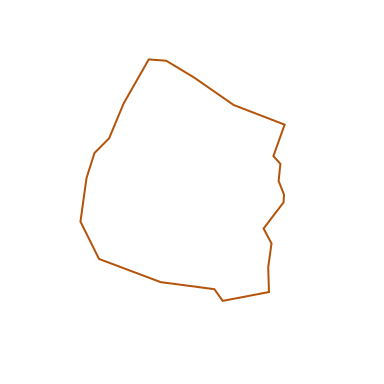 the district of Kikwit, Bandundu, Democratic Republic of the Congo, rotated 46°
{"feature_id": "63176286B32367911689095", "entity_name": "Kikwit", "entity_type": "district", "adm_level": 2, "iso_a3": "COD", "parent_name": "Democratic Republic of the Congo", "parent_adm1": "Bandundu", "projection": "albers", "projection_center": [18.807, -5.057], "detail": "fine", "context": "isolated", "style": "outline", "palette": "amber", "viewbox_px": 384, "rotation_deg": 46, "n_neighbors": 0, "source": "geoboundaries", "source_scale": "gbopen_adm2", "svg_char_len": 470}
<svg xmlns="http://www.w3.org/2000/svg" viewBox="0 0 384 384"><g transform="rotate(46 192 192)"><path d="M135.8,292.8L175.6,305.4L235.0,277.2L277.5,243.4L291.6,245.6L317.4,206.1L299.0,189.4L284.3,170.6L268.0,165.9L265.3,148.2L263.1,133.4L257.9,127.7L244.2,122.0L233.2,108.9L222.7,108.5L207.9,78.6L158.4,101.6L110.6,111.1L79.6,119.4L66.6,131.0L80.8,179.6L95.8,214.3L96.0,224.9L96.2,235.1L108.7,258.2L135.8,292.8Z" fill="none" stroke="#b45309" stroke-width="2"/></g></svg>